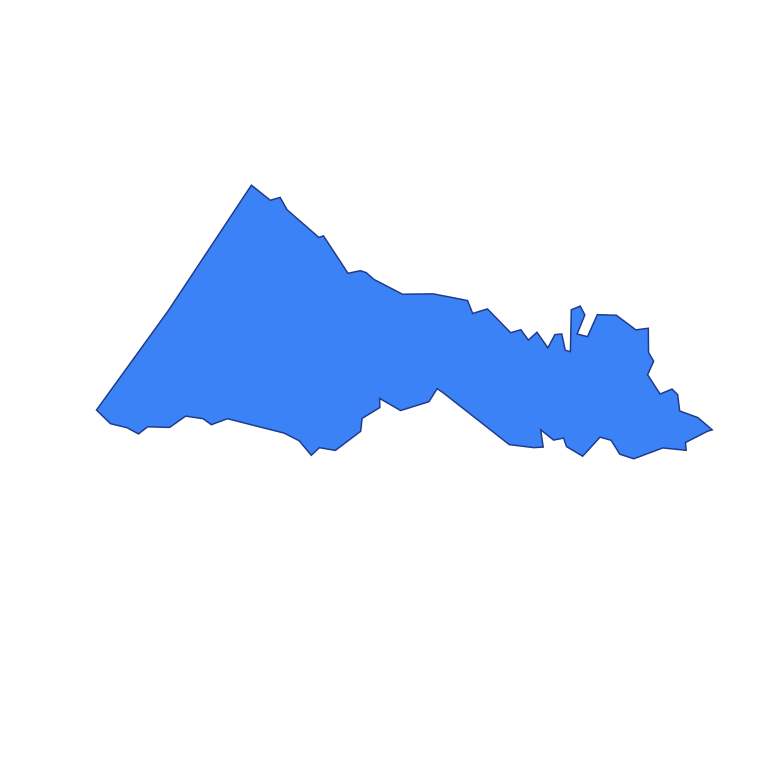 outline of Bryan, Georgia, United States of America, rotated 322°
{"feature_id": "52423323B43145970536326", "entity_name": "Bryan", "entity_type": "district", "adm_level": 2, "iso_a3": "USA", "parent_name": "United States of America", "parent_adm1": "Georgia", "projection": "natural_earth1", "projection_center": [-81.366, 31.984], "detail": "fine", "context": "isolated", "style": "filled", "palette": "blue", "viewbox_px": 768, "rotation_deg": 322, "n_neighbors": 0, "source": "geoboundaries", "source_scale": "gbopen_adm2", "svg_char_len": 1167}
<svg xmlns="http://www.w3.org/2000/svg" viewBox="0 0 768 768"><g transform="rotate(322 384 384)"><path d="M581.3,622.3L585.5,615.7L609.8,620.4L614.4,622.2L610.7,603.8L600.4,587.3L608.9,573.1L607.8,565.3L595.4,561.9L597.4,539.0L610.5,532.1L611.9,522.0L626.6,502.8L615.8,496.4L609.4,472.9L594.8,460.7L573.5,472.0L567.0,463.5L584.8,453.2L586.6,443.4L577.3,440.8L550.8,473.3L547.6,469.0L554.9,454.0L549.1,450.3L535.4,456.4L536.4,437.4L524.8,438.3L525.3,425.5L515.4,421.6L511.7,388.5L497.3,383.0L501.2,369.7L478.3,343.3L453.8,324.6L440.4,295.3L438.6,285.4L435.2,280.2L423.8,274.6L427.5,230.0L422.9,228.4L414.9,187.1L417.0,173.0L407.5,169.2L401.9,145.7L259.2,193.4L141.4,227.5L144.0,246.8L154.5,260.1L159.8,272.2L171.4,272.2L188.3,286.2L207.9,287.2L220.1,300.0L222.9,309.8L239.2,314.9L275.0,361.1L282.2,376.5L282.8,395.4L293.9,394.4L304.8,406.4L336.5,406.9L345.6,397.6L366.2,400.0L371.7,392.7L380.7,415.1L408.6,425.6L423.0,420.4L425.2,427.3L445.4,508.9L462.9,526.4L470.6,531.7L479.3,516.5L483.1,532.6L492.2,537.2L489.3,545.7L496.1,563.2L521.5,558.9L528.3,568.1L526.6,584.5L534.8,596.7L564.3,606.0L581.3,622.3Z" fill="#3b82f6" stroke="#1e3a8a" stroke-width="1.5"/></g></svg>